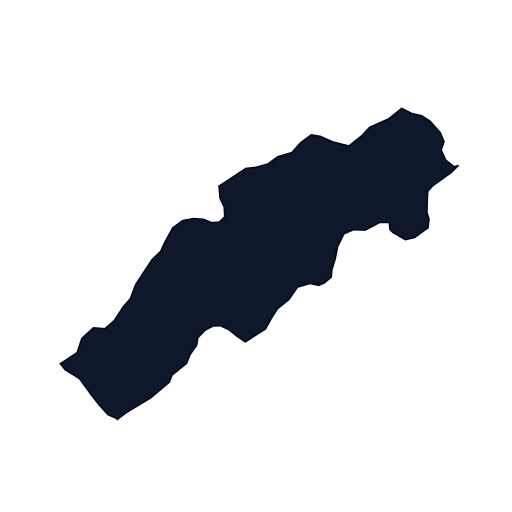 Gävle, Gävleborg, Sweden (orthographic projection), rotated 234°
{"feature_id": "70781695B31368722399437", "entity_name": "Gävle", "entity_type": "district", "adm_level": 2, "iso_a3": "SWE", "parent_name": "Sweden", "parent_adm1": "Gävleborg", "projection": "orthographic", "projection_center": [17.057, 60.688], "detail": "fine", "context": "isolated", "style": "filled", "palette": "ink", "viewbox_px": 512, "rotation_deg": 234, "n_neighbors": 0, "source": "geoboundaries", "source_scale": "gbopen_adm2", "svg_char_len": 1378}
<svg xmlns="http://www.w3.org/2000/svg" viewBox="0 0 512 512"><g transform="rotate(234 256 256)"><path d="M205.3,47.6L205.5,59.3L203.1,87.6L204.9,111.9L209.0,117.9L209.9,136.6L214.9,144.5L218.6,155.5L224.1,161.0L225.9,171.6L224.5,180.3L220.4,186.3L212.1,190.8L203.3,193.1L194.1,196.3L192.7,197.0L192.2,207.9L191.4,220.8L197.1,233.1L200.7,242.5L201.4,256.9L206.4,271.3L202.0,283.6L195.5,289.3L194.0,295.1L194.7,304.5L200.5,309.6L207.0,318.3L215.7,327.7L222.2,340.1L220.0,350.2L212.7,359.6L210.5,375.6L204.7,383.6L198.9,379.9L194.5,380.6L181.4,386.4L177.7,395.1L177.7,411.8L184.2,417.7L190.7,419.9L200.2,427.2L207.4,433.0L208.9,440.3L208.8,463.6L210.3,473.1L211.7,468.8L222.0,465.9L232.9,468.1L238.0,475.4L247.5,477.6L262.8,476.1L272.3,472.4L279.6,465.9L289.8,460.7L289.8,460.3L289.0,444.0L293.4,423.6L291.2,412.6L290.4,395.9L303.4,385.0L315.0,378.4L321.6,371.9L321.5,365.7L321.5,358.8L318.6,345.8L323.6,332.0L323.5,319.7L327.8,308.1L332.8,299.4L334.3,267.1L323.8,260.8L314.4,259.1L306.2,253.8L305.0,246.2L309.1,239.7L316.7,235.0L323.1,227.4L327.8,217.4L327.7,205.1L320.6,190.0L315.9,181.8L314.1,169.6L308.2,153.8L303.5,141.6L295.4,129.4L293.0,118.9L287.1,103.2L286.0,91.0L293.5,82.3L291.7,66.6L283.0,54.5L283.9,34.4L276.2,34.7L268.5,37.9L260.3,41.1L249.3,41.1L239.8,41.1L227.4,41.6L214.7,42.9L206.9,47.5L205.3,47.6Z" fill="#0f172a" stroke="#020617" stroke-width="1.5"/></g></svg>